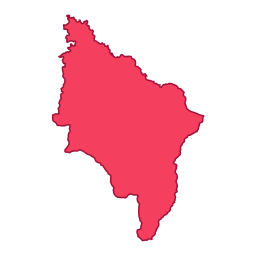 outline of Santa Cruz (Guachavés), Nariño, Colombia
{"feature_id": "7082276B62156244785095", "entity_name": "Santa Cruz (Guachavés)", "entity_type": "district", "adm_level": 2, "iso_a3": "COL", "parent_name": "Colombia", "parent_adm1": "Nariño", "projection": "orthographic", "projection_center": [-77.738, 1.278], "detail": "fine", "context": "isolated", "style": "filled", "palette": "rose", "viewbox_px": 256, "rotation_deg": 0, "n_neighbors": 0, "source": "geoboundaries", "source_scale": "gbopen_adm2", "svg_char_len": 5656}
<svg xmlns="http://www.w3.org/2000/svg" viewBox="0 0 256 256"><path d="M203.4,116.3L203.0,116.0L203.3,115.9L202.8,115.6L199.7,114.9L195.5,113.0L190.9,111.5L189.0,110.4L186.7,108.5L186.5,107.1L185.8,106.3L185.8,105.0L185.0,103.9L185.0,102.8L185.8,99.5L185.6,97.9L184.8,97.0L184.8,96.6L183.7,95.8L183.4,95.2L183.4,94.0L184.0,92.8L184.0,92.2L180.4,88.6L179.4,88.6L177.8,88.1L177.8,87.1L177.2,86.4L175.6,85.3L174.6,85.2L174.2,84.6L173.1,84.5L172.1,83.8L169.4,83.4L167.4,84.3L165.9,84.0L165.3,84.5L163.4,84.7L161.3,87.1L160.2,87.0L159.7,86.4L159.9,85.0L158.1,84.9L156.3,83.4L154.3,83.4L153.8,82.4L153.8,81.5L152.0,81.4L150.3,80.5L149.1,80.5L146.2,79.5L145.1,76.0L145.7,75.6L146.4,76.0L146.7,76.0L146.6,75.7L145.1,73.9L144.3,74.0L143.3,74.9L142.9,74.8L142.5,74.0L141.7,73.6L141.6,72.8L141.0,72.1L140.7,70.9L140.9,69.7L140.2,68.8L137.6,66.5L136.2,66.6L135.2,65.5L135.5,63.9L135.3,60.8L133.9,59.3L131.9,58.5L131.1,56.5L128.2,56.3L127.1,56.8L126.5,56.4L124.3,56.5L122.7,55.0L121.6,54.7L120.6,55.2L120.1,56.6L119.6,57.1L118.5,57.4L117.7,56.8L116.8,57.4L115.1,57.5L114.3,56.8L113.3,56.5L113.4,55.9L112.9,55.1L111.9,55.1L111.8,54.7L112.4,54.1L112.3,53.5L111.6,53.2L110.7,53.9L110.4,53.8L110.5,53.2L109.5,52.1L110.1,50.7L109.5,49.4L108.8,49.3L108.3,48.6L107.9,45.6L107.5,45.5L107.1,46.6L106.5,46.6L105.1,46.1L105.0,45.4L104.1,44.6L104.3,44.1L103.5,44.1L102.1,43.0L101.1,43.8L99.9,44.0L98.8,42.8L97.3,42.1L95.9,41.0L95.0,40.9L94.3,40.5L94.1,40.1L94.3,39.4L94.1,38.2L94.6,37.5L94.8,36.1L92.4,34.2L92.7,32.7L93.2,31.9L93.1,30.8L92.5,30.1L91.3,30.4L90.3,30.1L88.9,28.0L89.2,27.0L89.0,25.9L88.7,25.7L87.8,25.9L86.4,24.4L86.4,24.1L87.1,23.6L87.1,23.0L87.7,21.8L87.0,20.7L86.6,20.6L86.1,21.4L85.2,21.2L84.1,21.6L83.6,23.3L83.0,23.5L82.0,23.5L81.6,23.3L80.3,21.4L80.0,20.3L79.3,20.2L79.1,21.5L78.2,22.0L77.2,22.0L76.2,21.4L75.8,19.8L74.1,19.0L74.0,17.9L73.7,17.4L73.4,17.3L72.6,17.8L71.2,17.6L70.5,18.1L69.8,18.2L69.2,17.6L69.6,16.1L69.4,15.5L67.6,15.4L66.8,15.8L66.7,16.0L67.4,16.3L68.1,16.9L68.1,17.6L67.7,18.2L67.7,18.9L68.1,19.6L69.1,20.7L69.2,22.2L68.9,22.8L66.1,25.1L63.8,24.9L63.6,25.8L64.0,26.8L64.0,29.1L67.5,29.6L67.7,30.0L67.6,31.9L69.2,33.9L69.1,35.2L67.1,35.4L65.9,37.1L66.0,38.4L67.1,38.9L66.8,40.6L67.0,42.0L67.5,42.2L70.7,40.7L71.5,40.8L73.3,41.6L75.3,41.2L75.7,41.9L75.6,42.7L74.9,44.1L75.3,45.3L74.8,45.7L73.1,46.0L72.3,45.4L71.5,44.1L70.8,44.1L70.5,44.7L70.9,46.2L70.6,47.0L69.8,47.4L68.1,47.5L67.8,47.9L68.7,49.3L69.7,49.5L70.1,49.8L70.6,51.0L70.5,51.4L68.4,52.0L67.8,51.8L66.5,52.2L66.1,52.1L65.3,53.4L64.2,53.2L63.0,53.7L61.3,55.0L60.5,56.1L59.0,56.5L59.4,57.0L60.9,57.2L63.2,56.5L63.7,58.0L62.7,59.5L62.4,60.8L63.6,63.4L64.7,63.2L65.3,63.6L64.9,65.1L65.2,66.6L64.5,66.9L62.9,66.8L62.4,67.8L62.6,70.5L63.5,74.0L63.0,75.1L62.9,76.4L63.3,77.4L64.6,78.6L65.1,79.4L64.8,81.2L65.0,82.6L63.5,84.5L63.5,85.7L63.1,87.1L61.1,88.8L61.7,90.7L61.6,91.3L62.6,91.7L63.0,92.4L62.4,93.3L61.2,93.9L60.8,94.8L60.9,97.6L61.2,98.1L61.1,99.0L60.3,99.6L58.9,103.1L60.0,104.9L59.1,107.5L58.4,108.1L58.2,108.7L59.0,111.1L58.6,112.3L59.0,113.5L58.8,113.9L54.9,114.0L54.0,114.8L53.0,114.9L52.7,115.8L52.6,117.1L53.0,120.7L56.1,123.0L57.1,125.0L57.9,125.4L60.0,125.5L61.4,125.8L64.8,125.8L65.8,125.2L68.2,124.8L69.7,124.9L70.0,125.2L69.9,127.1L69.5,128.1L69.5,129.1L70.3,130.8L70.2,131.4L69.1,132.5L68.3,134.8L68.4,137.0L68.1,137.9L67.9,139.6L68.0,140.3L68.9,141.1L69.1,143.5L68.6,145.1L66.5,148.1L65.1,149.7L64.9,151.2L65.5,152.1L68.6,152.2L69.0,152.6L69.7,152.7L71.6,151.4L73.5,151.1L73.7,150.8L77.2,151.0L78.8,150.1L79.8,150.0L81.1,150.2L83.6,151.5L87.6,154.3L90.3,155.0L91.5,156.2L94.5,157.9L96.0,161.3L98.1,162.5L100.4,163.2L101.1,165.1L102.5,165.4L103.2,166.2L106.2,170.8L107.9,172.3L108.2,173.8L110.1,174.9L110.5,175.5L111.0,176.7L110.6,178.9L110.9,179.5L110.6,181.4L110.7,182.0L111.7,184.7L112.6,186.1L113.8,187.0L113.3,190.7L113.7,191.4L113.6,192.1L114.2,194.1L115.6,195.9L117.4,197.1L121.6,197.6L124.5,197.4L125.0,197.9L126.5,197.2L128.4,194.9L129.9,194.0L132.1,194.2L132.6,194.6L133.8,194.9L137.1,195.0L137.7,195.2L138.2,195.9L138.2,196.4L137.5,196.9L137.2,199.4L137.8,201.8L139.5,204.0L139.0,206.0L138.7,211.5L139.1,216.9L139.6,218.0L140.0,220.6L141.8,222.7L141.3,225.3L140.9,226.2L141.0,227.8L140.6,228.7L139.6,229.4L137.4,230.0L137.0,231.4L137.2,233.5L138.1,235.4L137.8,236.0L137.9,236.4L140.1,238.0L142.5,240.6L145.1,240.1L146.9,240.2L148.3,239.1L150.0,238.9L151.8,239.4L152.0,239.1L151.8,237.8L152.1,236.9L154.4,235.1L155.0,234.2L155.4,232.2L156.7,229.1L158.8,225.4L158.7,222.8L158.4,221.8L159.1,220.3L159.8,219.5L160.9,219.1L161.5,218.1L163.0,217.0L163.6,215.9L164.7,215.0L166.2,214.6L167.4,213.4L167.6,212.6L169.6,211.0L170.4,209.9L170.3,208.6L170.9,206.7L171.4,206.1L172.3,205.9L172.6,205.4L172.8,203.5L174.6,202.4L174.3,201.3L175.1,199.9L175.0,198.8L175.4,197.7L175.4,196.4L174.7,194.9L174.8,193.7L175.7,192.5L176.5,192.2L177.1,191.3L176.8,190.3L176.2,190.0L176.8,188.8L176.8,187.5L177.3,186.5L177.3,185.5L175.9,181.4L177.2,178.1L177.3,176.4L176.7,174.4L175.9,173.2L175.3,172.7L175.1,172.1L176.1,168.7L176.5,168.3L176.3,167.9L176.6,167.0L176.2,166.6L176.8,165.6L176.4,165.3L176.4,164.8L176.1,164.4L174.6,163.9L173.7,163.1L173.5,162.0L175.0,160.6L175.3,159.3L175.7,158.4L176.3,158.2L176.9,157.5L177.5,157.3L178.8,155.8L180.2,154.6L180.5,153.2L180.1,151.7L180.6,149.8L180.6,146.2L181.7,145.4L182.8,142.9L183.9,142.2L184.5,140.9L184.3,140.2L184.5,139.2L185.3,138.4L187.3,137.3L187.3,136.4L188.0,135.9L188.3,135.3L190.2,135.2L192.0,133.9L192.9,133.8L193.6,133.0L194.6,132.7L196.3,131.4L196.9,131.7L197.6,130.0L198.3,129.3L198.7,126.7L199.3,125.4L199.6,123.0L201.8,122.3L202.7,121.3L202.9,117.6L203.4,116.3Z" fill="#f43f5e" stroke="#9f1239" stroke-width="1.5"/></svg>